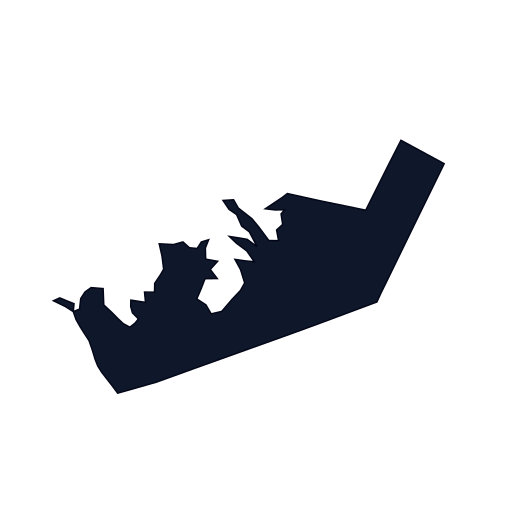 outline of Miguel Leão, Piauí, Brazil, rotated 132°
{"feature_id": "56859067B33097210758811", "entity_name": "Miguel Leão", "entity_type": "district", "adm_level": 2, "iso_a3": "BRA", "parent_name": "Brazil", "parent_adm1": "Piauí", "projection": "equal_earth", "projection_center": [-42.679, -5.71], "detail": "fine", "context": "isolated", "style": "filled", "palette": "ink", "viewbox_px": 512, "rotation_deg": 132, "n_neighbors": 0, "source": "geoboundaries", "source_scale": "gbopen_adm2", "svg_char_len": 1442}
<svg xmlns="http://www.w3.org/2000/svg" viewBox="0 0 512 512"><g transform="rotate(132 256 256)"><path d="M419.6,354.6L423.6,347.3L426.2,339.6L428.2,332.5L430.6,323.5L434.8,315.8L440.5,306.3L443.6,300.1L445.6,293.1L447.1,284.9L448.5,276.9L450.5,267.0L416.4,245.6L382.9,227.7L290.9,178.2L266.8,165.4L209.3,135.4L199.7,138.4L193.6,140.1L122.2,160.6L61.5,177.9L73.0,225.7L100.3,218.4L148.5,205.1L171.6,244.5L188.6,274.5L195.1,275.7L214.7,280.7L208.9,272.5L202.6,265.8L208.0,265.5L214.7,257.3L222.9,258.1L229.5,249.5L235.9,256.8L232.6,273.2L231.0,283.9L232.2,301.3L229.2,310.3L236.8,317.7L239.4,307.2L238.2,298.1L243.4,286.6L242.5,277.2L245.7,268.5L248.4,261.5L249.5,273.7L253.6,280.2L259.3,288.9L259.6,279.2L258.4,266.3L261.4,253.5L266.5,260.3L272.6,269.4L276.4,258.5L283.6,246.4L292.0,244.5L303.9,244.8L320.1,244.4L329.0,250.6L325.8,260.5L327.5,271.3L317.2,274.8L307.0,278.7L298.7,269.7L296.6,281.0L285.6,281.0L292.0,291.3L283.9,299.0L275.6,302.1L282.1,306.0L289.8,304.8L294.4,311.0L294.4,319.7L302.7,325.0L311.7,336.1L318.9,325.9L327.6,315.8L333.6,314.5L344.1,313.0L350.8,307.2L357.4,314.7L364.4,307.1L372.5,319.5L377.4,315.3L380.9,309.8L381.4,301.3L386.9,301.0L393.3,302.1L395.1,309.5L394.9,317.0L394.4,325.5L394.2,336.4L382.5,347.8L389.8,357.4L397.1,359.0L404.9,357.8L413.5,351.6L419.6,354.6ZM424.8,376.6L421.1,363.7L419.6,354.6L413.2,359.3L416.1,367.2L418.4,373.8L424.8,376.6Z" fill="#0f172a" stroke="#020617" stroke-width="1.5"/></g></svg>